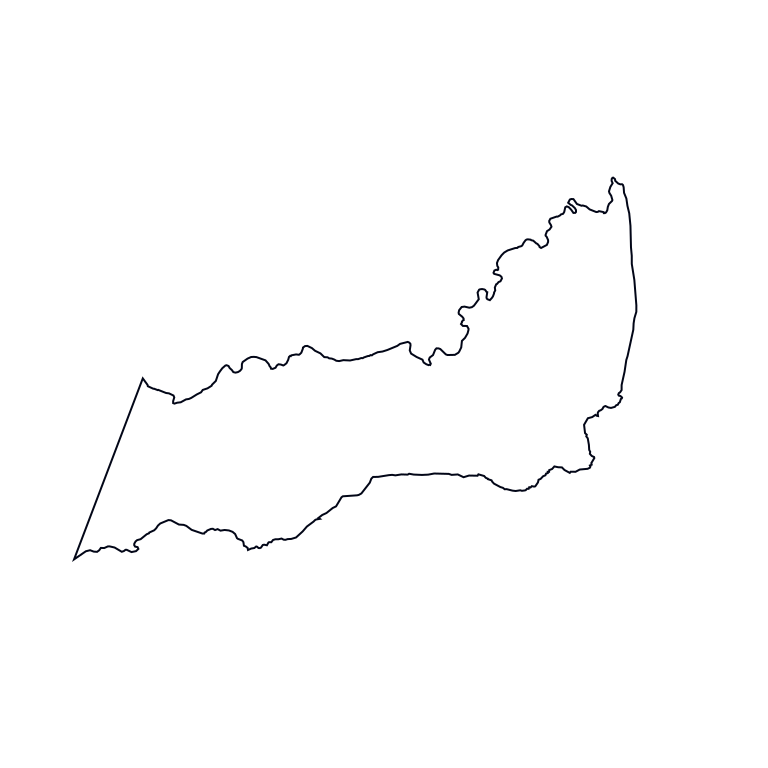 the district of Wampusirpi, Gracias a Dios, Honduras, rotated 21°
{"feature_id": "27666195B3053537582037", "entity_name": "Wampusirpi", "entity_type": "district", "adm_level": 2, "iso_a3": "HND", "parent_name": "Honduras", "parent_adm1": "Gracias a Dios", "projection": "mercator", "projection_center": [-84.653, 15.069], "detail": "fine", "context": "isolated", "style": "outline", "palette": "ink", "viewbox_px": 768, "rotation_deg": 21, "n_neighbors": 0, "source": "geoboundaries", "source_scale": "gbopen_adm2", "svg_char_len": 6165}
<svg xmlns="http://www.w3.org/2000/svg" viewBox="0 0 768 768"><g transform="rotate(21 384 384)"><path d="M608.0,304.5L606.2,299.8L604.2,286.4L601.6,274.7L601.4,270.8L597.3,244.0L595.3,237.9L594.2,232.8L593.7,226.2L591.4,220.1L580.4,197.1L572.3,183.1L569.4,175.6L565.6,167.9L557.4,148.0L551.8,136.8L547.4,130.4L543.8,124.0L539.6,119.5L537.2,114.4L535.8,112.6L534.8,112.2L533.0,112.9L530.8,112.9L527.0,111.4L526.3,110.0L524.1,109.2L523.4,109.6L523.1,111.0L523.7,112.8L525.5,114.6L524.7,118.9L525.0,123.5L526.1,125.0L528.6,126.8L531.3,130.4L531.3,131.4L529.5,135.3L529.5,138.5L530.2,141.8L529.8,144.3L529.0,145.3L528.0,145.7L527.6,144.9L526.9,144.9L522.7,145.6L521.9,146.7L520.5,147.4L513.4,147.3L509.2,145.8L505.6,146.1L504.5,146.8L499.6,146.8L494.6,143.5L492.5,144.2L491.4,145.2L491.0,148.8L494.2,149.9L495.6,149.9L499.2,151.4L500.9,152.8L501.6,154.6L501.2,155.7L499.5,156.4L496.3,154.2L493.1,152.7L491.0,152.7L489.9,154.1L490.6,158.8L490.2,160.9L488.4,162.3L488.0,163.4L486.2,165.5L485.2,165.8L480.1,170.1L479.8,172.6L480.5,174.0L482.9,175.8L484.0,177.2L483.2,180.4L481.4,182.9L481.4,186.8L481.7,187.6L483.1,188.3L485.6,190.8L486.3,192.6L486.2,195.8L481.9,200.7L480.2,200.4L479.8,199.7L477.0,198.2L475.9,198.2L472.0,196.7L469.9,197.0L469.2,196.7L466.4,197.4L465.3,198.1L464.6,199.1L463.8,202.0L463.4,205.2L462.7,206.2L460.2,208.0L459.8,209.1L457.7,210.1L451.6,215.0L449.1,218.2L447.6,221.7L446.1,227.4L446.1,230.6L447.5,233.2L448.9,234.2L449.6,236.4L448.9,237.1L447.8,237.1L446.4,238.5L446.4,241.0L447.4,241.7L453.1,241.1L455.2,241.8L456.3,243.2L455.9,246.4L454.4,247.8L453.7,250.0L453.0,250.7L452.9,254.2L454.3,256.8L454.0,259.2L454.3,260.0L454.3,263.2L453.9,264.9L452.8,267.8L450.3,267.8L449.3,267.4L448.6,266.3L447.5,261.3L446.8,261.3L444.7,259.9L443.7,259.8L441.5,260.2L439.7,261.2L439.0,261.9L438.6,265.1L442.1,270.9L439.9,278.7L438.5,280.8L436.3,282.2L431.4,282.9L428.9,284.3L427.7,288.2L428.1,290.7L428.8,291.8L433.0,293.2L434.8,294.3L435.5,295.8L434.8,296.5L434.4,297.9L434.7,298.6L434.4,300.4L436.8,301.5L440.7,300.1L443.2,302.2L443.5,303.3L443.9,306.9L443.1,311.9L441.3,315.8L443.0,322.2L442.6,326.8L442.2,328.2L439.7,331.4L432.9,334.2L431.1,334.2L424.1,331.2L422.3,331.2L420.2,331.9L419.5,333.7L419.4,339.4L417.2,342.9L417.2,345.1L420.4,348.3L420.3,349.7L419.6,349.7L418.9,350.4L416.4,350.4L413.3,349.7L411.2,347.5L404.8,347.1L398.4,345.9L396.0,343.4L394.9,338.4L394.2,337.0L392.8,336.3L391.1,336.2L384.6,340.8L382.8,343.6L375.0,351.0L371.0,354.2L366.7,356.6L363.2,360.2L362.4,361.6L361.0,361.9L360.3,363.0L358.9,363.7L355.6,366.5L354.9,367.5L353.5,367.9L351.0,370.0L349.2,370.7L343.9,374.2L337.5,376.3L333.9,378.7L331.1,379.4L328.9,379.0L326.1,379.0L323.6,379.7L321.8,379.3L318.6,380.3L313.7,378.2L307.7,377.7L303.8,376.3L298.8,375.9L296.7,376.9L295.3,379.0L295.6,380.1L295.6,384.4L294.8,386.2L294.1,387.2L291.3,387.9L287.3,390.4L287.0,391.4L286.3,391.4L285.6,392.8L285.9,395.7L285.5,399.6L284.0,402.1L283.3,402.8L280.8,402.8L278.4,403.4L277.3,405.2L276.9,407.7L274.7,409.8L273.0,410.2L272.3,409.1L270.9,408.4L269.1,406.6L264.9,404.4L255.3,404.6L252.8,405.3L250.3,406.4L247.5,409.2L244.2,414.1L244.2,416.3L245.6,420.2L245.6,421.3L244.8,423.4L243.4,425.2L241.3,426.6L239.1,426.9L237.0,425.5L234.2,424.4L232.4,422.9L230.3,422.9L229.3,423.6L227.4,427.2L226.3,431.1L225.6,434.3L225.9,441.4L223.7,446.3L223.7,447.4L220.8,451.3L216.9,454.5L216.2,457.3L213.0,460.8L209.0,466.1L207.2,467.9L204.7,469.3L200.8,473.9L197.6,475.6L195.4,477.4L194.0,477.4L193.3,475.6L193.0,471.7L191.6,470.2L186.6,469.8L183.8,470.5L175.3,470.4L174.9,470.8L171.0,470.8L170.3,471.1L164.3,470.7L163.6,469.6L156.8,465.2L157.5,658.8L165.6,647.0L169.2,644.5L173.1,644.5L176.3,643.5L177.7,641.3L178.4,638.5L181.6,637.4L184.4,634.6L186.2,633.9L191.1,633.2L199.3,634.6L201.0,633.2L202.1,631.4L203.2,631.0L208.5,631.4L212.4,628.9L213.8,626.0L212.4,624.6L209.9,625.0L208.5,623.9L208.1,622.5L208.5,620.0L209.5,618.2L212.4,616.1L216.3,609.3L218.1,607.6L218.1,606.8L221.9,602.9L223.0,600.4L223.7,597.2L225.1,594.4L231.5,588.3L234.0,587.6L242.9,588.7L247.5,587.3L250.3,587.3L256.7,589.1L268.0,588.7L269.8,588.0L269.8,586.9L270.8,585.9L271.5,584.1L274.4,581.3L276.1,580.5L278.6,580.9L280.7,579.1L283.9,579.5L287.5,577.4L291.7,576.3L295.6,576.3L298.8,577.4L302.0,580.6L303.0,580.9L307.7,580.9L309.4,582.0L311.2,585.2L313.0,585.2L315.4,585.9L316.5,587.7L319.0,585.2L321.7,583.6L322.9,581.5L323.9,581.4L325.6,582.1L326.9,581.7L327.8,580.8L328.5,577.8L329.6,577.0L332.5,576.5L332.9,573.5L333.3,572.9L335.5,572.1L336.3,569.4L338.2,567.9L341.0,566.8L343.8,565.0L346.1,565.3L347.8,564.8L349.7,563.3L352.9,561.9L356.9,558.8L360.9,550.8L363.1,544.7L367.6,537.6L368.3,535.9L369.2,534.8L372.4,532.9L370.8,532.5L373.3,528.4L376.5,525.1L380.5,518.2L383.1,515.4L384.9,505.0L385.8,503.6L398.7,497.6L400.2,496.6L402.1,494.3L406.1,481.2L406.1,476.9L407.1,474.7L411.8,472.8L421.3,467.3L424.2,465.9L427.4,465.2L432.6,462.2L438.6,460.1L439.6,458.8L444.2,457.9L452.0,455.3L457.7,452.8L462.9,449.6L476.7,444.7L479.7,444.6L485.3,442.0L491.7,442.5L496.2,439.0L504.2,436.1L504.5,434.5L510.5,434.0L512.6,435.1L514.9,435.2L515.1,435.6L518.9,435.4L520.0,436.4L522.4,437.6L529.6,438.5L532.2,438.3L534.4,439.0L536.2,438.2L542.2,437.5L545.3,436.7L549.3,434.4L551.0,434.3L553.6,432.9L554.3,432.4L555.1,430.5L556.6,430.0L556.6,428.3L557.9,428.1L558.6,426.4L560.9,426.0L561.9,425.3L563.0,420.7L562.6,418.0L564.2,416.5L565.6,413.1L567.4,411.4L567.4,409.6L568.8,408.5L568.3,407.3L569.6,406.8L569.1,405.2L571.4,403.1L572.6,399.9L576.4,399.3L580.0,398.1L583.3,399.6L589.3,400.4L589.7,399.0L594.3,397.3L597.4,393.7L604.5,390.2L606.2,388.4L606.3,387.2L605.4,386.3L606.8,384.9L605.9,383.5L606.9,377.8L606.3,376.9L603.7,376.7L601.2,375.4L600.8,373.4L599.2,372.0L597.1,367.4L593.7,361.7L591.6,360.4L591.5,358.7L589.3,357.8L585.4,350.4L586.6,342.9L590.2,340.3L592.5,337.0L594.0,337.4L595.3,337.2L594.1,335.0L593.9,333.8L594.5,331.9L595.7,330.9L596.9,329.0L597.1,327.0L597.8,325.9L598.7,325.2L601.9,325.5L604.5,325.0L607.7,322.6L608.4,320.6L609.7,319.6L609.9,317.7L610.7,316.5L610.5,313.1L611.2,312.2L611.1,311.3L609.1,310.5L607.4,310.7L606.5,310.0L606.5,308.4L607.4,307.1L608.0,304.5Z" fill="none" stroke="#020617" stroke-width="2"/></g></svg>